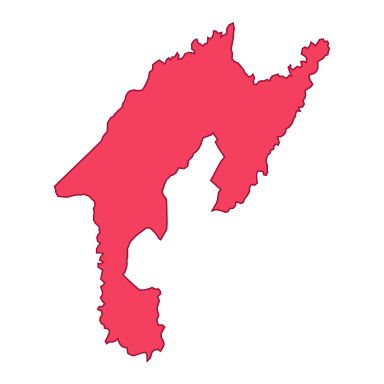 outline of Marialva, Paraná, Brazil, rotated 180°
{"feature_id": "56859067B62732144056511", "entity_name": "Marialva", "entity_type": "district", "adm_level": 2, "iso_a3": "BRA", "parent_name": "Brazil", "parent_adm1": "Paraná", "projection": "natural_earth1", "projection_center": [-51.888, -23.498], "detail": "fine", "context": "isolated", "style": "filled", "palette": "rose", "viewbox_px": 384, "rotation_deg": 180, "n_neighbors": 0, "source": "geoboundaries", "source_scale": "gbopen_adm2", "svg_char_len": 4794}
<svg xmlns="http://www.w3.org/2000/svg" viewBox="0 0 384 384"><g transform="rotate(180 192 192)"><path d="M223.5,32.7L221.0,36.9L219.9,39.9L221.0,43.5L222.7,46.5L223.0,49.4L221.6,53.1L219.3,56.9L221.4,58.9L225.7,58.9L227.2,64.0L225.3,68.5L226.3,72.1L226.9,76.3L224.7,83.0L226.3,87.6L223.3,90.3L223.9,93.0L225.6,95.1L228.4,94.7L231.8,96.4L236.6,94.7L240.2,93.9L243.8,93.9L246.0,95.2L249.9,98.6L254.8,103.1L261.2,109.2L259.1,111.8L257.4,117.1L257.0,120.2L257.2,123.8L256.4,127.1L256.6,135.0L255.5,137.9L253.9,142.1L248.0,148.3L237.4,156.3L233.9,155.9L231.6,153.8L228.5,150.8L226.7,148.5L225.3,145.7L223.3,144.3L220.9,148.5L219.0,151.7L217.4,154.4L217.0,160.9L217.3,176.2L217.4,180.3L217.6,184.4L219.0,186.9L220.7,188.8L221.9,192.3L219.8,198.9L217.5,204.4L214.8,206.8L213.1,208.5L210.9,209.2L208.3,210.9L205.2,216.1L200.0,215.3L196.3,217.9L195.5,223.5L191.5,227.5L190.4,230.7L187.8,232.3L185.4,235.2L183.2,239.5L182.1,243.0L180.7,246.4L177.3,247.4L172.7,249.2L171.0,251.1L168.8,247.8L166.4,244.5L168.7,242.1L164.9,235.3L159.4,226.9L163.0,222.7L173.3,203.5L163.1,194.4L165.3,191.9L165.8,188.7L166.6,183.5L167.8,180.2L169.8,177.2L171.8,173.2L169.1,174.2L166.8,174.2L164.4,173.8L161.7,173.0L159.0,171.8L156.6,172.1L153.9,175.5L150.8,175.8L148.6,178.3L148.1,182.0L145.5,181.5L143.2,180.6L140.9,181.5L139.5,185.0L136.8,188.4L134.5,192.7L134.6,195.8L132.8,199.6L129.3,198.8L126.8,201.0L127.4,206.5L127.5,210.1L126.0,213.3L123.1,212.7L120.6,212.4L120.4,209.3L117.8,208.7L116.4,211.8L116.8,214.9L116.7,218.7L118.1,222.5L117.5,225.9L116.2,229.1L113.9,230.8L113.3,233.7L110.4,234.8L110.0,238.3L107.8,239.9L105.8,238.8L104.8,241.4L105.5,244.0L106.5,247.3L103.4,247.3L100.6,248.9L98.5,251.7L98.0,255.3L95.2,256.5L93.1,259.0L91.5,261.4L90.5,265.0L88.6,267.5L88.4,270.4L87.2,273.1L83.9,272.8L85.5,276.4L81.6,277.1L79.8,279.8L80.9,283.6L79.3,285.6L78.4,288.4L78.8,293.7L75.8,295.4L72.8,297.5L71.3,299.9L73.4,302.9L74.6,305.8L74.9,308.6L72.6,310.0L70.2,310.4L67.9,312.3L66.2,315.4L66.2,319.4L66.2,322.4L62.9,324.5L60.7,325.7L58.8,328.5L56.2,329.3L55.8,332.5L54.5,335.6L56.5,338.2L55.4,340.8L57.1,343.0L59.4,342.1L60.8,345.0L64.4,344.4L66.7,340.8L68.5,338.2L71.1,340.4L73.0,341.8L74.0,338.6L76.2,335.7L79.4,336.9L81.6,335.3L82.0,332.5L82.6,329.9L79.4,328.1L77.4,325.9L77.7,321.7L80.4,322.7L83.1,322.4L82.1,318.2L84.2,316.3L86.5,317.6L88.8,316.1L90.9,313.9L93.3,316.0L93.5,318.9L95.8,316.7L94.4,312.6L92.5,308.2L95.3,308.5L96.5,306.3L99.4,306.3L101.4,307.9L104.5,307.3L106.0,309.8L108.5,309.0L111.7,307.9L113.3,306.0L113.9,303.3L117.4,304.4L119.7,302.9L122.1,303.2L124.9,302.6L127.8,299.3L130.1,299.9L130.7,302.7L129.6,306.2L131.1,309.7L133.0,307.7L135.5,307.3L137.1,309.3L139.3,311.5L140.7,314.7L142.7,317.0L144.4,319.2L146.3,321.1L149.0,322.1L152.0,324.9L151.8,328.0L151.8,331.1L152.9,334.8L151.7,341.4L150.6,347.0L150.5,350.9L149.8,355.4L150.9,361.0L154.9,359.0L157.1,355.4L157.5,349.9L160.7,348.8L163.1,347.0L162.3,351.5L165.9,350.6L168.2,352.9L170.5,353.0L170.7,349.0L172.1,346.6L174.0,345.1L176.2,346.5L176.2,343.2L177.1,340.6L179.3,340.1L181.0,338.0L183.5,339.8L186.0,341.2L187.1,344.8L189.9,343.7L192.4,339.7L192.1,334.8L189.7,333.2L189.6,330.4L192.0,331.1L195.2,331.6L199.1,330.0L200.4,327.4L202.2,325.5L205.7,324.6L205.1,328.3L206.8,331.2L209.2,327.2L212.2,326.7L213.6,324.0L215.2,326.1L217.4,324.2L219.3,320.0L221.9,321.9L224.7,323.9L228.4,321.5L231.3,319.1L231.3,314.4L234.5,311.7L235.3,306.5L236.7,302.8L239.3,297.7L241.4,294.1L244.3,293.4L246.9,293.4L249.7,294.0L254.0,293.1L256.6,290.9L258.2,287.7L258.9,283.9L261.1,280.5L262.1,276.4L265.6,273.6L269.0,270.0L270.7,267.5L273.2,266.4L276.4,261.0L276.7,252.6L280.9,247.6L282.7,242.9L294.1,231.7L318.1,208.6L322.1,204.6L324.5,202.5L326.5,200.4L329.5,197.4L328.4,194.4L328.1,191.6L326.1,187.7L320.2,187.1L316.2,186.9L313.6,187.8L309.7,188.7L306.1,189.3L303.0,189.1L299.7,189.9L297.5,188.7L295.1,188.1L292.2,185.0L289.4,182.5L289.0,178.3L290.6,175.5L289.7,171.5L290.3,168.3L290.4,164.1L288.5,160.6L286.2,158.8L284.6,156.9L284.9,154.1L284.0,151.4L286.0,149.3L287.1,146.5L286.4,142.7L283.7,140.7L286.0,137.7L287.4,134.9L287.4,131.1L283.8,131.4L280.9,130.5L283.6,126.4L284.4,123.9L280.7,121.9L283.0,120.0L285.8,120.7L285.8,116.9L281.3,114.0L282.4,108.9L283.2,105.0L281.2,103.0L279.2,101.1L281.0,98.8L283.3,97.4L281.5,92.0L281.5,89.1L283.5,86.6L281.5,82.6L279.2,80.2L281.8,77.4L284.7,77.5L286.3,74.6L282.4,72.9L281.9,68.5L283.7,66.8L284.1,63.3L282.4,60.4L279.6,58.5L279.6,55.8L276.6,55.4L274.7,53.8L274.7,50.9L276.0,48.2L277.4,45.1L278.7,42.5L277.2,40.3L274.7,42.1L271.4,42.0L268.4,43.1L266.2,45.4L265.0,41.8L263.8,39.6L261.7,37.4L259.3,36.5L257.0,36.3L256.2,30.8L252.8,28.9L250.2,28.3L245.7,29.9L242.3,31.1L238.3,31.7L236.9,29.1L236.8,23.0L233.6,26.1L232.2,31.5L229.8,34.0L226.1,34.6L223.5,32.7Z" fill="#f43f5e" stroke="#9f1239" stroke-width="1.5"/></g></svg>